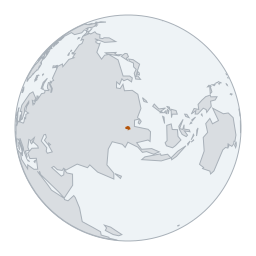 the Earth from above Điện Biên, rotated 311°
{"feature_id": "VNM-450", "entity_name": "Điện Biên", "entity_type": "Province", "adm_level": 1, "iso_a3": "VNM", "parent_name": "Vietnam", "parent_adm1": "", "projection": "orthographic", "projection_center": [102.938, 21.7], "detail": "fine", "context": "on_globe", "style": "filled", "palette": "amber", "viewbox_px": 256, "rotation_deg": 311, "n_neighbors": 0, "source": "natural_earth", "source_scale": "10m", "svg_char_len": 10924}
<svg xmlns="http://www.w3.org/2000/svg" viewBox="0 0 256 256"><g transform="rotate(311 128 128)"><circle cx="128" cy="128" r="113" fill="#eef3f6" stroke="#a8b0b8"/><path d="M233.5,165.9L233.3,166.6L233.2,166.8L233.5,165.9ZM179.7,27.9L177.9,27.2L179.5,29.7L183.7,32.5L179.9,30.6L190.3,37.7L193.5,41.9L187.6,36.0L185.3,34.6L186.3,36.7L184.2,35.7L183.4,36.3L180.7,35.1L177.5,32.1L175.7,31.4L176.6,32.9L174.4,33.0L173.4,30.7L169.5,30.6L163.4,26.4L162.9,22.7L157.3,20.6L150.8,17.8L149.2,17.5L145.7,16.8L142.5,16.3L142.2,16.3L139.9,16.0L140.7,16.2L140.0,16.3L138.2,16.1L137.5,15.9L138.3,15.9L137.2,15.8L137.6,15.8L136.4,15.7L136.0,15.6L145.1,16.7L154.1,18.4L162.9,20.9L171.4,24.1L179.7,27.9ZM135.2,15.6L133.7,15.6L131.0,15.4L135.2,15.6ZM231.6,83.9L231.3,83.3L231.6,83.9ZM187.2,35.0L186.3,33.9L187.9,35.3L187.2,35.0ZM183.8,36.6L184.7,37.3L184.0,37.3L183.8,36.6ZM179.1,35.6L177.6,35.6L178.6,35.0L179.1,35.6ZM176.3,35.3L172.7,35.7L174.4,37.1L167.4,33.7L172.8,34.3L173.8,33.2L174.6,34.5L176.3,35.3ZM141.8,16.4L140.8,16.1L143.3,16.5L141.8,16.4ZM143.6,16.6L152.4,18.3L153.0,18.8L149.9,18.0L152.0,19.0L148.0,18.3L145.9,17.7L146.3,17.4L144.5,17.4L143.6,16.6ZM164.1,31.9L162.7,31.6L163.6,31.3L164.1,31.9ZM139.9,16.3L141.6,16.5L142.3,16.9L138.9,16.6L139.8,16.5L139.9,16.3ZM154.5,19.6L154.4,20.0L151.1,19.6L150.6,19.7L147.9,18.4L154.5,19.6ZM138.7,16.4L137.2,16.5L135.3,16.2L138.3,16.2L138.7,16.4ZM143.8,17.2L144.0,17.4L142.8,17.1L143.8,17.2ZM127.5,15.7L129.6,15.7L130.1,15.9L127.5,15.7ZM136.8,16.5L137.5,16.6L137.9,16.8L136.5,16.8L136.8,16.5ZM145.8,18.3L144.4,18.1L146.7,18.7L144.3,18.6L143.0,17.8L142.6,18.1L141.8,18.1L141.5,17.5L145.8,18.3ZM136.4,17.2L133.9,16.5L130.0,16.3L129.4,16.1L135.8,16.5L136.4,17.2ZM139.5,17.4L137.5,17.2L137.8,17.0L139.3,16.9L139.5,17.4ZM143.2,18.9L147.2,19.3L147.4,19.4L143.2,18.9ZM135.2,17.2L135.9,17.4L134.9,17.2L135.2,17.2ZM140.7,18.3L142.1,18.4L142.2,18.6L140.7,18.3ZM136.0,17.8L135.2,17.5L136.2,17.5L136.0,17.8ZM138.1,18.1L138.0,18.4L137.1,17.6L138.7,18.1L138.1,18.1ZM140.6,18.5L141.1,18.7L140.0,18.5L140.6,18.5ZM132.5,18.5L131.2,17.5L133.5,17.3L134.5,18.2L132.5,18.5ZM39.9,57.8L39.1,58.8L38.6,62.5L38.0,64.1L34.5,68.2L31.3,79.1L34.4,76.5L35.1,84.1L37.7,86.9L45.0,78.7L40.6,74.0L43.3,68.8L49.7,68.8L54.0,73.5L55.2,71.7L55.4,65.5L59.4,63.6L55.8,63.2L55.0,65.5L52.8,65.5L53.4,63.4L54.7,62.7L54.3,60.7L47.8,65.0L46.3,67.9L43.3,65.7L40.5,70.4L38.6,71.4L42.6,64.0L44.5,61.9L49.4,53.2L47.1,55.0L42.3,63.6L42.5,62.3L39.4,65.4L41.9,62.0L47.7,52.7L46.9,51.3L40.8,56.8L41.1,56.3L51.7,45.2L49.5,47.9L52.1,45.6L57.1,41.1L56.0,42.5L57.7,41.2L57.3,42.3L61.1,40.7L61.3,41.8L67.0,38.4L67.9,38.6L64.3,40.4L61.8,42.5L62.9,45.7L64.4,45.5L68.0,43.2L67.9,44.6L71.3,42.0L74.0,43.1L73.5,39.7L77.8,37.4L81.7,36.8L83.0,35.6L76.6,36.6L74.1,37.6L72.1,39.4L65.3,42.3L64.0,41.9L70.8,36.9L69.8,35.9L75.6,32.9L89.4,31.3L92.9,32.5L89.9,38.9L86.6,39.7L86.1,37.6L82.7,41.5L84.8,40.2L84.7,41.6L88.7,40.1L88.8,41.0L92.5,38.3L93.1,39.3L90.8,41.0L97.2,40.2L99.6,42.0L101.0,41.5L101.8,40.3L104.2,43.7L105.2,43.2L104.8,41.8L106.4,39.9L110.1,38.1L110.7,39.3L109.5,40.2L107.7,44.1L104.3,46.4L104.9,46.8L108.1,45.1L110.2,40.3L112.2,38.8L111.7,41.0L112.1,40.1L113.3,39.8L115.1,40.7L115.9,38.4L128.6,34.6L133.3,36.5L131.5,38.6L141.0,38.4L145.6,41.2L145.2,39.9L149.5,39.3L148.1,38.4L148.2,37.7L158.6,36.7L161.6,37.8L165.6,36.5L165.4,35.9L163.4,35.0L167.4,33.7L174.4,37.1L174.5,38.2L178.9,39.9L178.5,42.4L180.2,45.5L177.3,47.7L178.9,50.3L180.4,50.7L183.7,54.7L185.2,62.1L177.3,54.2L173.6,44.3L174.6,48.0L172.4,46.7L171.5,47.8L172.3,50.7L173.6,51.3L164.7,54.8L162.6,62.9L167.6,62.6L170.9,65.2L172.9,75.8L164.0,90.2L168.3,95.2L168.6,98.4L165.1,100.4L164.5,95.6L160.9,93.8L161.1,91.1L155.3,93.1L155.3,89.2L150.7,93.0L152.6,96.2L157.7,95.5L153.8,100.9L159.2,106.5L159.9,113.3L151.3,124.9L142.3,128.2L141.8,130.3L138.2,127.8L133.4,131.8L140.2,144.0L140.0,147.4L132.3,153.5L132.1,151.0L122.6,144.2L120.8,152.2L128.0,159.4L130.5,167.3L125.0,164.5L122.4,157.5L119.1,154.9L120.0,148.0L117.2,137.2L111.5,138.6L112.0,134.4L107.3,125.1L99.2,126.9L86.3,136.3L84.6,146.9L80.2,150.8L74.8,134.0L75.1,123.4L71.5,123.5L67.4,113.3L55.6,108.8L55.4,105.8L52.8,106.2L50.2,102.0L50.4,97.2L48.1,96.4L47.9,109.3L50.5,110.2L54.7,107.1L54.0,111.4L56.8,116.4L48.5,123.8L33.3,125.8L34.3,117.6L35.6,92.4L37.0,90.3L37.1,90.0L37.3,89.5L34.8,92.6L35.9,88.0L32.5,104.5L30.9,111.0L33.1,126.1L32.3,127.0L33.7,130.5L41.4,131.4L40.9,133.9L35.8,144.0L27.3,154.9L29.9,166.5L31.7,175.3L29.6,178.0L33.0,185.3L32.4,186.0L34.5,189.9L35.9,192.6L36.4,193.5L31.9,186.7L27.9,179.7L24.5,172.4L21.5,164.8L19.2,157.1L17.4,149.2L16.1,141.2L15.5,133.1L15.4,125.0L15.9,117.0L17.0,108.9L18.6,101.0L20.9,93.2L23.6,85.6L26.9,78.3L30.8,71.1L35.1,64.3L39.9,57.8ZM56.0,83.7L60.3,86.5L62.7,79.7L64.6,80.4L64.7,78.0L62.9,79.3L63.9,73.0L67.4,72.5L69.1,70.0L67.7,69.0L61.3,71.0L59.8,79.7L56.9,81.4L56.0,83.7ZM67.7,33.8L66.1,35.0L64.1,36.1L63.9,35.7L66.7,34.0L67.7,33.8ZM64.3,36.6L71.2,32.3L71.6,32.7L70.2,33.1L69.8,33.8L67.4,34.8L61.1,39.8L59.0,41.1L59.7,39.1L60.6,38.9L62.1,37.5L64.3,36.6ZM88.0,23.4L91.0,22.3L88.1,24.4L85.6,25.2L85.2,24.6L87.8,23.3L88.0,23.4ZM125.6,15.4L129.3,15.4L135.6,15.7L135.8,16.0L134.3,16.1L132.8,16.0L133.1,15.8L130.9,15.9L130.2,15.6L128.4,15.7L121.0,15.6L122.1,15.5L119.4,15.7L125.6,15.4ZM110.1,16.8L110.9,16.7L110.9,16.9L113.1,16.5L113.7,16.5L111.8,16.8L115.2,16.4L115.2,16.6L119.1,16.8L124.0,16.5L125.5,16.7L123.6,16.9L126.5,17.0L123.9,17.6L125.0,17.8L123.5,18.8L119.2,19.4L120.7,19.6L119.7,20.6L116.1,21.3L117.2,20.3L112.6,21.9L111.9,21.0L111.4,21.3L109.5,21.0L106.4,21.1L106.6,20.7L105.2,21.0L104.0,20.9L102.2,21.2L102.0,20.6L99.9,21.0L101.0,20.5L97.3,21.4L99.9,20.5L98.5,20.6L96.7,21.4L99.7,19.0L99.2,19.1L110.1,16.8ZM132.0,18.7L127.0,19.2L124.2,19.1L127.9,17.4L127.3,17.2L129.6,16.4L133.7,16.7L132.6,16.9L132.6,17.1L131.3,16.9L132.3,17.2L130.9,17.5L131.3,17.9L129.6,17.9L132.0,18.7ZM39.4,63.2L39.3,64.0L39.6,64.7L37.7,66.8L39.4,63.2ZM43.2,56.8L43.4,57.0L40.8,60.0L40.9,59.4L43.2,56.8ZM45.8,54.7L43.7,56.8L44.9,55.3L45.8,54.7ZM64.7,40.6L65.2,40.9L64.4,41.5L63.1,42.1L64.7,40.6ZM102.4,26.8L103.4,26.0L104.1,26.0L107.8,24.7L108.6,25.4L106.7,26.5L102.4,26.8ZM42.9,79.4L40.9,80.4L41.0,79.1L41.7,79.0L42.9,79.4ZM38.1,73.2L38.2,75.8L37.6,73.8L38.1,73.2ZM103.9,27.3L105.3,26.7L104.8,27.5L103.9,27.3ZM109.4,25.9L109.2,26.7L109.1,25.4L109.4,25.9ZM86.4,229.4L88.7,230.5L87.1,230.2L86.4,229.4ZM41.8,180.0L43.5,193.3L40.6,191.7L37.9,186.8L35.8,178.1L38.5,177.4L39.2,173.9L41.8,180.0ZM158.7,184.9L162.0,185.2L161.8,185.6L158.7,184.9ZM155.2,183.3L159.0,183.4L154.5,184.4L155.2,183.3ZM160.5,183.4L164.4,182.3L166.1,181.5L165.8,182.5L160.5,183.4ZM152.6,183.4L138.4,183.2L132.7,181.8L134.1,180.1L143.2,180.8L152.6,183.4ZM133.6,180.1L125.0,174.7L113.1,159.1L117.3,159.7L129.8,169.5L129.0,170.9L134.2,175.1L133.6,180.1ZM154.5,171.2L153.7,175.8L145.8,175.4L142.3,174.6L139.8,168.7L141.2,165.7L144.1,165.8L155.4,155.5L159.4,157.9L155.9,162.4L159.2,166.4L154.5,171.2ZM85.0,148.0L87.3,154.7L85.0,155.4L85.0,148.0ZM159.9,148.0L155.4,152.7L159.5,146.5L159.9,148.0ZM162.3,142.2L162.6,144.5L160.7,142.3L162.3,142.2ZM141.7,133.6L138.6,134.1L138.5,132.4L142.4,130.8L141.7,133.6ZM160.4,119.0L160.5,123.9L159.9,125.6L158.5,122.7L160.4,119.0ZM112.7,34.5L106.7,35.3L102.8,36.8L101.5,38.9L100.8,36.5L106.7,34.1L112.7,34.5ZM126.6,34.4L127.7,32.8L128.9,33.5L128.9,33.9L126.6,34.4ZM126.0,33.4L124.1,31.7L125.9,30.8L127.0,32.4L126.0,33.4ZM113.8,28.9L111.9,29.0L112.4,28.4L113.8,28.9ZM199.1,215.3L197.9,216.3L207.5,207.8L199.1,215.3ZM183.8,222.1L184.9,219.8L188.6,218.6L186.0,221.1L183.8,222.1ZM210.3,204.9L213.0,201.9L215.3,198.9L213.5,201.3L210.3,204.9ZM173.7,213.9L152.0,221.0L147.5,220.5L149.2,218.1L146.3,210.9L147.8,211.0L147.5,205.8L160.6,200.6L170.2,191.0L176.9,191.0L182.3,183.8L188.9,183.5L186.6,189.0L193.0,191.4L198.5,178.9L201.3,190.6L205.1,193.8L204.8,200.6L193.5,214.1L188.1,217.4L187.6,216.7L185.2,218.2L182.3,218.4L181.7,215.2L179.3,216.6L182.1,213.5L178.4,216.5L177.3,214.4L173.7,213.9ZM220.6,182.9L221.3,182.9L221.9,184.3L220.9,184.5L220.6,182.9ZM231.7,169.7L231.7,170.4L231.1,171.2L231.7,169.7ZM233.2,166.8L232.6,167.9L233.5,165.9L233.2,166.8ZM225.6,174.0L225.8,174.6L225.5,175.0L225.6,174.0ZM225.4,173.9L226.0,172.5L225.7,173.8L225.4,173.9ZM222.6,168.9L223.1,168.0L223.3,168.4L222.6,168.9ZM166.9,185.0L171.6,181.3L174.0,180.8L166.9,185.0ZM222.0,167.7L220.8,168.1L221.0,167.3L222.0,167.7ZM222.2,166.1L222.1,165.2L222.7,167.2L222.2,166.1ZM220.0,164.8L221.4,166.0L219.8,165.0L220.0,164.8ZM219.1,165.3L218.0,164.9L218.1,164.6L219.1,165.3ZM205.8,170.0L210.0,174.7L206.4,175.4L202.4,172.7L199.0,176.6L191.4,177.2L193.2,174.9L192.3,171.8L184.3,171.5L182.6,169.5L185.6,167.8L180.1,166.6L186.1,165.1L188.4,169.2L191.8,165.4L197.4,165.5L202.7,166.1L206.8,168.5L205.8,170.0ZM186.0,174.6L187.0,174.5L186.0,175.9L186.0,174.6ZM215.9,163.2L217.5,164.8L217.3,165.3L216.5,165.3L215.9,163.2ZM207.8,167.6L212.3,163.1L213.3,162.9L210.3,167.6L207.8,167.6ZM211.2,161.0L213.3,161.0L214.3,162.8L213.8,163.4L211.2,161.0ZM173.9,171.7L173.6,172.9L172.0,172.1L173.9,171.7ZM175.9,170.8L180.6,171.8L175.5,171.9L175.9,170.8ZM161.4,167.3L162.8,170.2L167.3,168.2L163.9,170.9L166.8,175.5L165.8,177.3L162.8,172.4L161.7,177.6L159.7,177.6L158.7,173.1L160.7,167.6L162.7,165.2L170.7,163.9L161.4,167.3ZM175.9,167.3L174.6,164.1L175.6,161.7L176.9,163.4L175.9,167.3ZM170.8,156.1L167.4,152.3L164.4,154.0L170.4,148.2L172.7,152.8L170.8,156.1ZM167.8,147.6L165.0,149.1L167.8,145.7L167.8,147.6ZM164.2,147.7L163.8,145.0L166.1,145.3L164.2,147.7ZM169.3,147.6L169.7,142.9L170.9,145.6L169.3,147.6ZM162.6,138.8L167.7,143.2L161.2,141.5L160.6,132.4L163.3,132.1L162.6,138.8ZM175.5,101.8L174.6,99.3L177.0,98.6L176.9,100.5L175.5,101.8ZM183.8,94.9L177.3,97.6L172.0,100.2L173.8,101.2L172.9,105.6L170.0,101.7L173.4,96.8L177.6,95.7L177.8,92.1L180.6,89.6L179.4,85.2L180.5,83.3L182.9,87.0L183.8,94.9ZM178.7,83.4L177.7,75.9L182.3,76.8L183.5,78.6L182.1,81.6L179.7,81.0L178.7,83.4ZM178.8,74.5L176.5,73.9L170.1,63.5L169.9,61.6L177.2,69.4L175.4,69.4L176.2,71.9L178.8,74.5ZM163.4,32.3L162.8,31.7L164.0,32.2L163.4,32.3ZM147.4,37.2L147.8,36.5L149.2,36.9L147.4,37.2ZM149.6,34.6L147.7,34.6L149.5,34.1L149.6,34.6ZM143.5,34.8L146.8,34.3L144.0,35.6L143.5,34.8Z" fill="#d9dde1" stroke="#a8b0b8" stroke-width="1"/><path d="M127.5,128.1L127.4,128.0L127.4,127.9L127.4,127.7L127.2,127.5L127.1,127.4L127.0,127.2L126.9,127.1L126.7,127.0L126.7,126.9L126.6,126.7L126.8,126.4L127.0,126.3L127.3,126.3L127.5,126.6L127.7,126.8L127.8,126.8L127.8,127.0L128.0,127.1L128.3,127.2L128.6,127.3L128.6,127.2L128.8,127.1L128.9,127.3L129.0,127.4L129.0,127.5L129.1,127.9L129.2,128.0L129.1,128.3L128.9,128.5L128.9,128.8L128.9,129.0L128.9,129.3L128.7,129.3L128.7,129.2L128.6,129.3L128.6,129.5L128.4,129.7L128.2,129.5L128.2,129.4L128.1,129.2L127.9,129.1L127.9,128.9L127.7,128.9L127.8,128.8L127.9,128.7L128.0,128.5L127.9,128.5L127.9,128.4L128.0,128.4L128.1,128.2L128.0,127.9L127.9,128.0L127.8,127.9L127.8,127.7L127.7,127.8L127.7,128.0L127.5,128.1Z" fill="#f59e0b" stroke="#b45309" stroke-width="1.5"/></g></svg>